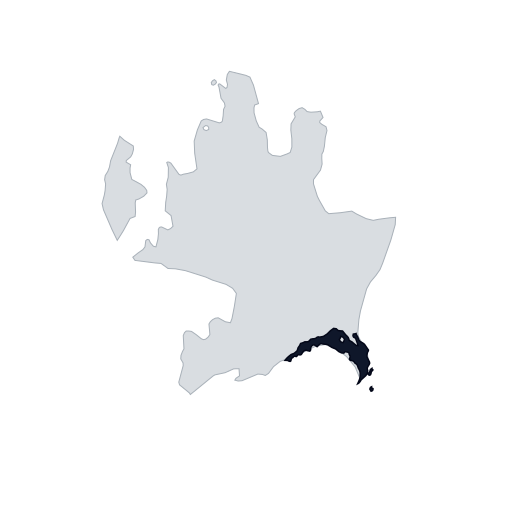 Bakı on a map of Azerbaijan (Mercator projection), rotated 53°
{"feature_id": "AZE-1689", "entity_name": "Bakı", "entity_type": "Municipality", "adm_level": 1, "iso_a3": "AZE", "parent_name": "Azerbaijan", "parent_adm1": "", "projection": "mercator", "projection_center": [49.815, 40.127], "detail": "fine", "context": "in_parent", "style": "filled", "palette": "ink", "viewbox_px": 512, "rotation_deg": 53, "n_neighbors": 0, "source": "natural_earth", "source_scale": "10m", "svg_char_len": 5755}
<svg xmlns="http://www.w3.org/2000/svg" viewBox="0 0 512 512"><g transform="rotate(53 256 256)"><path d="M327.1,391.8L325.3,391.6L312.9,394.6L310.3,393.6L299.7,380.1L297.5,378.6L292.9,378.0L290.2,375.7L288.0,372.1L286.8,369.4L275.8,362.0L274.2,359.3L273.9,356.9L275.6,354.7L277.4,352.9L282.8,351.1L289.1,349.5L291.1,348.4L292.1,346.4L292.0,343.2L291.0,340.1L282.0,334.5L281.0,332.0L280.7,329.0L281.2,325.9L282.6,323.4L290.0,320.1L293.9,316.6L291.5,312.8L283.5,303.9L274.1,294.2L267.8,294.1L260.6,297.0L249.0,305.3L242.6,308.8L234.3,314.7L225.2,321.2L217.7,328.1L213.0,333.8L204.8,336.3L200.6,341.0L186.7,355.3L182.8,355.1L182.6,348.1L182.8,342.4L181.9,339.2L177.4,334.8L177.3,332.9L178.6,331.7L182.0,332.4L186.4,332.1L188.5,330.4L183.8,324.5L179.6,320.6L176.0,318.0L175.2,316.4L175.2,315.2L176.0,313.9L182.1,310.7L182.7,307.7L182.3,304.4L172.6,299.5L165.3,301.3L158.8,295.8L154.6,291.5L149.4,286.9L144.8,284.4L140.3,278.7L132.6,272.7L127.6,271.0L127.7,270.1L128.6,269.0L130.6,268.1L144.5,268.4L146.2,267.3L147.0,264.7L148.9,261.0L151.1,255.4L150.9,250.7L137.0,243.1L127.0,236.2L120.0,226.9L115.2,218.5L115.4,215.7L116.8,213.0L127.6,205.2L128.3,203.2L128.1,201.8L124.2,197.8L119.4,193.7L117.8,190.6L114.8,189.1L109.0,189.0L98.8,183.9L96.7,183.4L96.2,182.4L96.7,181.4L104.0,179.3L103.9,177.6L101.7,175.4L97.6,173.8L93.8,169.7L92.5,166.1L105.6,155.4L109.5,153.2L118.0,155.2L135.8,162.3L134.6,166.2L136.4,168.4L140.5,171.4L148.3,174.5L155.0,176.0L158.3,174.7L163.4,173.6L170.1,177.1L176.2,181.5L179.2,183.3L180.8,183.8L185.5,182.4L191.1,176.6L193.2,169.7L193.9,166.4L190.6,161.8L183.9,156.8L176.4,152.4L171.6,148.5L168.5,140.9L165.4,140.0L164.6,139.0L164.1,136.4L164.2,132.8L165.3,129.9L168.3,128.7L171.4,128.3L174.2,125.6L177.7,120.3L179.1,117.4L185.7,119.1L186.6,123.8L187.7,124.8L190.4,124.2L194.9,122.3L198.5,123.8L203.1,129.4L209.5,135.3L213.0,139.3L214.3,142.1L217.6,144.7L222.4,147.9L226.2,152.8L229.6,164.1L233.0,166.7L245.3,171.1L249.6,171.9L261.7,173.5L266.0,172.4L272.2,162.6L277.8,152.5L283.0,150.4L292.5,145.5L298.1,140.9L300.5,135.9L305.8,126.5L309.1,121.2L314.7,125.9L324.4,138.7L338.1,159.4L341.5,165.2L343.7,172.0L345.6,180.2L348.8,187.4L362.7,205.6L368.8,212.2L378.6,220.9L382.1,222.8L386.7,223.4L395.1,223.4L402.9,226.8L406.8,229.1L410.7,232.6L414.3,236.5L417.9,247.1L404.4,243.6L390.8,244.2L383.1,246.4L375.6,249.5L368.5,253.9L364.0,262.3L360.2,281.9L354.7,300.2L354.9,308.6L357.3,316.7L357.0,320.5L354.5,322.1L351.4,325.6L347.2,342.2L345.1,345.5L342.4,347.6L341.6,345.6L341.8,341.3L335.8,337.4L332.7,341.7L330.6,350.9L326.2,360.4L326.0,362.3L327.1,391.8ZM125.9,220.3L126.5,217.6L124.8,216.4L123.0,216.4L121.5,217.7L121.5,221.0L123.6,221.6L125.9,220.3ZM81.3,296.9L79.3,294.2L78.4,292.7L84.4,291.5L94.3,287.8L97.1,289.6L100.0,293.3L101.4,296.4L101.7,302.2L102.9,303.2L107.7,301.2L109.9,303.6L113.6,306.4L120.1,309.1L129.5,304.8L134.1,303.7L137.9,303.8L140.0,305.1L140.7,309.6L140.0,315.2L138.9,318.3L140.9,320.5L148.5,325.8L151.7,328.8L150.2,334.0L155.9,346.5L157.8,351.4L160.0,357.4L148.3,355.1L127.3,350.0L121.5,347.4L116.0,340.4L112.8,337.0L107.9,332.7L104.0,331.0L101.0,328.0L99.3,323.5L96.8,319.5L92.4,314.7L82.6,298.6L81.3,296.9ZM93.9,187.3L92.5,188.2L90.5,187.3L89.9,185.3L90.1,183.1L92.1,182.6L93.7,183.2L94.2,185.2L93.9,187.3Z" fill="#d9dde1" stroke="#a8b0b8" stroke-width="1"/><path d="M378.1,222.7L378.9,223.1L382.0,223.5L384.6,224.3L386.0,224.4L387.1,224.2L390.5,222.8L391.9,222.5L398.8,222.8L399.3,223.3L399.6,223.9L399.8,224.4L400.1,225.0L401.2,226.3L402.3,227.4L403.5,228.1L409.0,229.2L410.1,229.8L410.8,231.0L411.5,232.9L412.4,234.6L413.6,235.3L414.9,235.8L416.1,237.0L417.0,238.6L417.6,240.3L418.2,246.8L418.6,247.5L419.1,249.0L419.4,250.6L419.2,251.7L418.0,249.5L416.8,247.5L415.3,245.7L412.3,243.3L411.0,242.6L409.6,242.1L406.9,241.7L404.6,240.9L403.4,240.8L402.7,240.8L401.9,241.2L401.4,241.4L399.0,241.4L398.0,241.8L395.9,243.5L394.7,243.5L394.3,243.1L393.5,241.9L393.0,241.4L392.4,241.1L390.8,240.8L389.2,240.0L388.0,240.6L386.0,242.4L386.4,244.3L384.7,246.1L382.2,247.4L378.2,248.3L374.7,250.4L370.0,252.1L369.0,252.9L366.6,255.5L365.6,256.2L364.9,257.1L364.8,258.8L365.1,260.9L365.2,261.8L361.9,263.0L361.3,264.3L361.4,265.9L362.2,267.5L362.8,268.1L363.7,268.7L364.1,269.3L364.4,270.2L364.0,270.7L363.4,271.1L362.4,272.0L361.9,272.3L361.4,272.6L361.0,273.4L360.7,274.4L360.7,275.1L361.0,276.7L361.7,278.4L361.9,279.3L361.6,280.2L361.1,280.8L360.6,281.2L360.3,281.6L360.2,282.4L360.3,282.8L360.5,283.2L360.6,283.7L360.6,284.3L360.3,284.6L359.3,285.3L359.0,286.5L359.0,287.0L359.3,287.5L359.1,288.5L359.4,289.6L360.8,291.5L360.7,292.2L359.9,292.9L358.3,293.7L356.8,295.6L356.2,293.2L355.9,290.6L355.8,287.2L356.7,284.1L356.6,282.1L356.4,280.1L355.5,278.8L354.6,277.6L353.8,275.1L352.7,273.0L353.5,270.8L353.9,268.7L355.0,267.2L355.9,265.7L355.7,264.1L355.4,262.4L356.2,260.7L357.2,259.1L357.7,257.6L357.6,256.3L358.0,255.0L359.1,254.0L360.8,250.5L361.1,246.1L360.5,241.7L360.5,237.6L362.4,235.7L364.9,235.3L366.4,233.8L368.0,232.0L373.0,231.8L374.8,231.5L376.6,231.4L378.0,231.8L379.3,232.3L380.8,231.8L382.2,231.1L385.0,230.5L387.8,229.8L388.9,228.5L386.8,227.6L384.2,226.8L381.7,226.0L380.6,226.4L379.5,226.9L378.1,226.6L376.9,225.3L377.4,224.4L377.9,223.4L378.1,222.7ZM371.2,236.6L371.4,236.9L372.3,238.2L372.8,239.7L374.1,240.0L375.6,239.9L376.9,239.2L377.6,238.5L377.0,237.3L375.7,235.3L373.2,235.4L371.2,236.6ZM419.2,237.4L418.3,237.6L417.1,237.5L417.4,235.6L415.5,232.9L415.5,231.0L416.2,231.4L417.1,231.1L417.6,231.6L417.7,233.2L418.3,234.1L419.0,234.8L419.7,235.9L419.7,236.8L419.2,237.4ZM433.2,245.5L432.1,245.2L431.3,245.4L430.4,244.7L429.8,243.5L430.0,242.4L430.8,243.1L431.3,242.9L431.9,242.5L432.5,242.4L433.4,243.4L433.6,244.6L433.2,245.5Z" fill="#0f172a" stroke="#020617" stroke-width="1.5"/></g></svg>